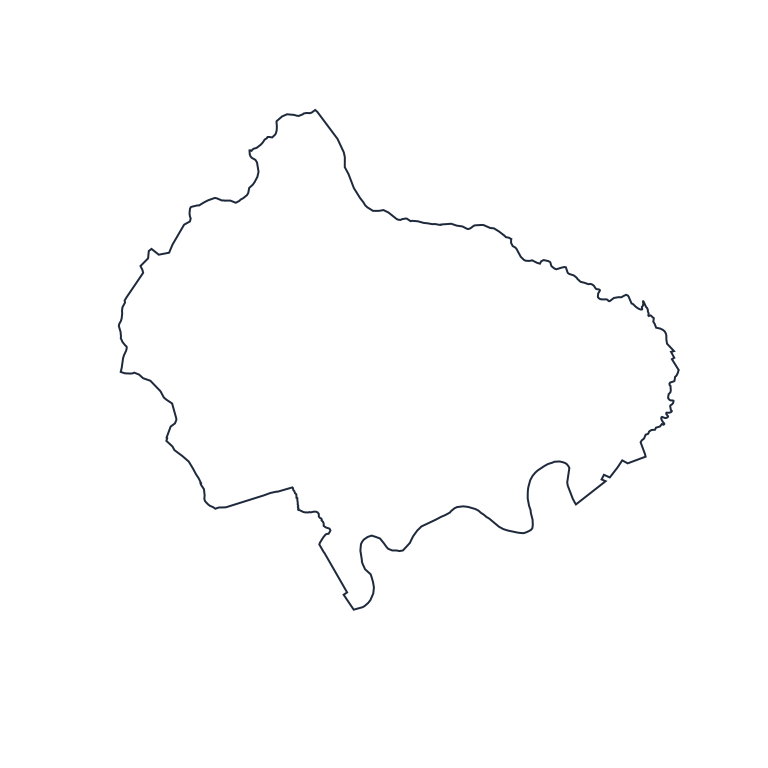 Cicarlau, Maramures, Romania (Albers equal-area conic projection), rotated 296°
{"feature_id": "2599482B33598130201081", "entity_name": "Cicarlau", "entity_type": "district", "adm_level": 2, "iso_a3": "ROU", "parent_name": "Romania", "parent_adm1": "Maramures", "projection": "albers", "projection_center": [23.395, 47.725], "detail": "fine", "context": "isolated", "style": "outline", "palette": "slate", "viewbox_px": 768, "rotation_deg": 296, "n_neighbors": 0, "source": "geoboundaries", "source_scale": "gbopen_adm2", "svg_char_len": 6166}
<svg xmlns="http://www.w3.org/2000/svg" viewBox="0 0 768 768"><g transform="rotate(296 384 384)"><path d="M359.9,609.3L393.8,625.8L393.6,621.4L398.8,621.5L399.0,627.9L411.4,630.5L419.8,631.6L419.5,637.8L433.4,651.0L435.6,649.1L444.1,640.2L446.4,640.4L448.9,641.6L453.2,641.4L454.8,643.1L455.5,643.3L457.2,643.1L458.1,643.4L459.9,644.6L461.7,647.6L464.0,647.6L466.7,650.6L469.8,651.3L469.9,653.0L470.7,653.5L471.3,653.2L472.3,651.0L473.6,649.1L474.9,648.1L475.8,648.0L476.3,648.3L476.6,651.4L477.1,652.4L478.0,653.2L478.8,653.6L479.5,653.5L480.8,650.8L481.9,650.4L482.2,650.6L482.9,652.4L483.9,653.7L484.7,654.4L485.6,654.6L486.0,654.4L486.4,653.2L489.6,650.9L490.2,650.8L492.5,652.0L493.5,652.1L494.3,652.1L495.8,651.6L495.9,651.1L494.9,648.7L494.9,647.6L495.6,646.0L496.3,645.3L499.6,644.3L501.5,644.9L502.4,645.0L504.1,644.5L507.9,642.3L508.2,641.3L509.4,640.4L510.8,640.6L513.4,643.3L514.2,643.7L518.1,642.5L519.7,643.2L523.2,643.2L524.6,642.8L525.7,642.8L532.5,631.9L534.8,633.4L538.7,627.9L540.7,630.2L544.3,620.7L547.9,618.2L551.4,616.5L553.0,615.1L554.3,613.3L554.9,611.0L554.9,607.9L553.9,603.9L556.8,600.8L558.0,598.8L561.5,597.6L561.7,596.3L562.5,594.0L562.4,593.3L561.2,592.2L561.4,591.6L563.5,590.9L564.8,589.4L566.5,588.5L567.7,587.0L568.1,585.8L572.0,581.0L572.0,580.7L571.5,580.7L570.1,581.7L568.0,582.4L566.2,582.0L564.6,583.2L564.1,583.2L563.8,582.8L563.4,581.7L563.3,579.2L563.8,576.4L565.0,572.8L564.9,571.2L569.8,565.5L570.4,564.3L570.3,562.5L568.2,560.8L566.0,559.3L564.7,556.5L562.1,552.9L557.5,550.6L557.1,549.9L557.2,549.0L557.7,547.9L557.5,546.6L555.6,542.9L555.1,541.2L555.2,539.7L555.7,538.4L556.5,537.8L559.4,536.8L562.6,537.1L563.2,536.6L563.2,535.6L562.5,533.6L562.5,532.6L564.4,529.4L564.7,527.3L564.5,525.8L563.3,523.9L562.9,520.1L562.0,515.8L563.2,511.9L564.0,510.5L564.8,507.1L564.1,502.0L564.3,500.9L564.7,500.1L568.6,496.3L568.3,495.0L566.8,493.0L562.6,488.5L562.5,486.4L563.2,483.4L563.5,482.6L565.8,480.6L566.4,479.8L566.5,477.8L565.4,473.2L563.2,471.5L560.5,471.4L560.0,468.3L560.1,462.8L559.4,462.2L558.1,460.2L556.9,457.2L556.9,455.3L558.3,451.1L563.5,443.9L564.2,442.3L564.4,439.2L566.6,436.3L569.4,435.0L570.1,434.9L570.2,431.8L569.4,429.2L570.1,427.3L571.5,420.5L572.1,414.6L570.8,411.1L570.5,403.9L570.0,402.5L566.4,396.1L565.5,395.3L561.8,393.4L560.1,391.7L559.9,390.7L560.0,385.5L558.2,379.8L557.5,374.2L552.4,365.4L551.9,365.4L550.9,362.6L550.3,360.1L548.8,357.2L547.6,352.9L546.2,349.1L545.1,343.2L543.0,337.7L542.0,336.5L542.6,332.3L542.5,331.4L540.2,328.1L538.7,326.9L538.0,325.1L537.8,323.5L538.0,322.3L540.1,312.7L540.1,307.3L537.5,303.7L534.8,298.3L535.5,291.5L536.4,288.7L538.3,285.8L540.7,280.9L546.9,271.0L557.1,260.1L561.7,253.7L570.8,249.3L574.6,246.3L583.9,234.8L599.4,204.7L600.1,202.0L596.2,200.0L594.9,198.6L593.7,195.7L592.0,193.3L590.8,192.8L587.5,189.8L586.9,187.9L586.4,185.1L583.9,178.6L579.8,175.1L573.3,172.3L572.4,172.5L568.9,174.6L565.4,176.2L562.3,176.9L560.6,176.9L556.6,175.4L555.8,172.8L555.0,171.1L553.4,170.9L551.4,169.6L548.1,169.2L545.2,168.4L540.4,166.0L538.3,163.7L537.2,163.1L535.5,162.7L535.4,161.2L535.0,160.7L531.5,162.7L530.0,164.3L529.3,166.1L529.1,170.1L527.5,172.7L519.8,178.2L514.6,179.4L508.9,179.2L505.6,178.7L501.2,176.9L496.3,178.2L493.8,178.1L489.3,176.0L486.9,174.3L485.1,173.7L481.9,171.3L481.5,165.5L478.9,160.3L478.9,159.9L477.9,157.8L477.6,152.4L477.1,150.4L472.0,145.4L468.6,142.8L463.4,139.5L462.8,138.1L459.2,133.7L458.2,132.8L456.4,132.8L452.1,134.4L449.7,136.0L448.0,137.7L445.0,138.3L439.6,134.5L416.6,132.8L407.8,133.3L401.5,124.9L403.5,115.8L400.4,114.3L393.5,116.9L383.3,113.4L380.6,116.9L378.3,118.8L349.0,114.6L345.3,114.3L343.9,115.4L343.3,115.5L338.3,115.3L334.8,116.5L332.6,117.8L327.8,119.5L325.2,119.9L321.9,119.7L319.8,120.3L315.2,124.5L311.5,126.7L309.5,127.5L309.2,128.1L307.1,130.6L305.4,134.2L304.8,136.2L303.6,137.0L301.1,137.6L295.7,137.7L292.7,138.2L283.8,141.1L279.4,142.1L280.0,146.4L282.3,151.7L283.6,153.7L284.7,154.5L285.1,159.7L283.6,164.9L284.5,172.6L279.5,186.3L275.3,192.1L274.5,195.4L273.6,202.1L262.1,212.3L260.8,213.1L257.0,213.4L252.2,210.9L240.4,212.1L240.3,212.9L237.5,213.3L235.1,221.3L232.7,224.6L230.9,234.2L228.7,242.5L224.3,249.3L220.4,254.7L218.1,258.6L214.8,262.9L214.4,262.5L213.1,263.9L210.5,268.3L205.1,271.7L202.3,272.7L200.5,274.2L199.7,275.8L198.7,278.6L198.2,280.9L198.4,284.2L198.0,287.2L200.0,289.0L200.8,290.1L203.2,294.8L204.1,296.2L231.3,324.9L236.2,329.6L240.3,334.8L240.4,335.4L250.9,347.0L250.5,347.8L249.0,348.9L248.4,350.3L246.8,352.0L246.6,353.1L246.4,353.5L243.3,355.3L243.5,355.8L243.4,356.2L242.0,356.8L239.2,358.7L237.9,359.2L236.9,360.4L235.8,360.4L235.1,361.0L234.9,361.6L234.4,361.5L233.4,361.9L233.3,362.2L233.6,363.7L233.6,367.6L233.9,369.0L235.3,372.2L236.2,373.1L236.4,374.3L238.3,376.6L239.4,378.7L239.5,380.5L238.7,382.3L236.3,383.5L235.6,385.0L235.5,386.8L235.0,387.4L234.0,387.7L233.4,389.6L232.1,391.0L230.0,392.0L229.6,394.6L230.1,398.4L229.3,399.6L228.8,400.1L225.2,399.9L224.0,398.1L223.1,397.5L219.4,396.6L213.3,396.0L211.4,396.2L206.5,403.5L206.0,404.6L180.5,442.2L176.9,440.1L167.9,455.7L174.1,462.7L176.0,463.9L180.1,465.7L183.7,466.5L190.9,466.2L196.6,464.2L201.0,461.1L204.8,457.7L207.1,455.4L209.2,448.2L212.9,443.7L214.6,442.0L215.9,441.4L223.9,435.8L230.0,433.5L232.5,433.5L235.2,434.0L239.4,436.4L242.3,439.3L242.9,443.2L243.4,448.1L240.7,453.9L238.8,457.3L237.7,459.9L238.0,464.3L240.0,468.6L240.6,471.1L242.7,474.0L252.4,476.9L259.8,476.9L266.7,478.1L272.4,480.1L284.6,489.9L289.7,493.6L293.0,496.5L297.4,499.6L299.2,500.0L303.3,501.9L305.5,503.7L308.8,508.9L310.4,513.5L311.6,520.5L311.7,522.4L311.5,524.8L310.7,527.6L310.3,531.0L309.4,534.3L309.2,537.4L306.1,550.0L305.9,555.0L306.6,559.6L309.1,569.6L310.5,573.4L311.2,575.0L313.1,576.9L315.4,578.8L317.6,580.2L319.7,580.5L322.6,579.5L327.2,577.0L332.5,572.5L334.8,571.1L338.1,567.8L344.0,563.4L349.2,560.9L352.2,559.7L354.8,558.9L361.6,557.6L366.5,557.8L370.6,558.8L373.6,560.0L380.3,563.9L383.9,566.4L387.2,569.9L388.8,571.2L391.3,575.7L392.0,578.5L392.4,581.5L392.1,583.4L391.1,585.6L389.8,587.4L375.9,591.8L373.2,593.7L363.6,604.0L361.1,607.4L359.9,609.3Z" fill="none" stroke="#1e293b" stroke-width="2"/></g></svg>